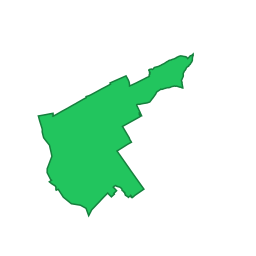 outline of Lipanesti, Prahova, Romania, rotated 326°
{"feature_id": "2599482B42287242425704", "entity_name": "Lipanesti", "entity_type": "district", "adm_level": 2, "iso_a3": "ROU", "parent_name": "Romania", "parent_adm1": "Prahova", "projection": "robinson", "projection_center": [26.047, 45.053], "detail": "fine", "context": "isolated", "style": "filled", "palette": "green", "viewbox_px": 256, "rotation_deg": 326, "n_neighbors": 0, "source": "geoboundaries", "source_scale": "gbopen_adm2", "svg_char_len": 5334}
<svg xmlns="http://www.w3.org/2000/svg" viewBox="0 0 256 256"><g transform="rotate(326 128 128)"><path d="M46.4,178.7L52.2,175.5L55.5,174.8L59.5,173.9L63.3,173.1L64.8,172.7L69.7,171.6L74.8,170.6L75.1,172.7L75.7,175.8L79.7,175.2L79.7,174.3L83.5,173.6L82.7,168.8L84.1,168.5L84.6,168.7L85.0,168.7L85.4,168.8L85.6,168.8L86.0,169.9L86.2,170.1L87.0,171.2L87.7,171.9L88.0,172.3L88.1,172.5L88.3,172.8L88.4,173.4L88.8,174.4L88.8,174.7L88.8,175.0L88.6,175.6L88.4,176.0L88.3,176.3L88.2,176.5L88.7,177.5L88.7,178.6L88.7,178.8L88.8,178.9L89.1,179.2L89.2,179.4L89.2,179.6L89.2,179.8L88.9,180.1L88.7,180.4L88.7,180.7L88.7,181.0L88.6,181.4L88.4,181.6L88.4,181.8L88.4,182.0L88.3,182.3L88.5,182.4L88.4,182.6L88.6,183.0L89.0,184.0L89.3,184.4L89.4,184.9L89.5,185.2L89.5,185.7L90.8,185.6L91.4,185.6L91.7,185.6L92.2,185.4L92.6,185.3L92.6,186.7L92.0,186.7L92.0,187.4L92.7,187.3L92.8,188.1L93.6,188.0L94.0,188.0L95.3,187.8L95.8,187.7L106.0,187.6L107.0,187.6L106.8,180.8L106.4,164.6L106.4,161.2L106.3,157.5L106.0,140.9L107.7,141.0L118.3,141.3L122.9,141.7L123.0,140.5L123.0,140.2L123.0,139.7L123.0,139.2L123.0,138.8L123.1,138.6L123.2,138.1L123.3,137.5L123.4,137.1L123.5,136.9L124.3,123.6L126.6,123.8L129.9,124.1L133.5,124.4L142.6,125.2L143.7,125.3L144.7,125.3L144.9,123.3L145.4,123.4L145.6,121.8L146.3,121.9L145.8,125.4L146.1,125.5L146.7,121.6L146.8,121.6L147.9,114.1L148.3,113.5L148.9,113.6L150.5,114.5L150.8,114.8L151.1,115.0L151.3,115.0L151.9,115.2L154.3,116.2L157.9,117.9L158.7,118.1L160.6,118.6L162.7,117.9L164.1,117.4L165.8,116.9L168.4,115.9L169.8,115.4L171.3,114.5L171.9,114.2L176.3,114.2L176.9,114.1L177.4,114.6L177.5,114.8L177.9,115.0L178.3,115.1L178.7,115.3L179.6,115.4L180.1,115.6L180.5,115.7L181.2,116.0L182.3,116.3L183.0,116.6L183.5,116.8L183.8,116.9L184.1,117.3L184.5,117.5L184.9,117.6L185.3,117.8L187.2,118.1L187.6,118.2L188.6,118.7L189.2,118.9L189.9,119.1L190.4,119.7L190.8,120.0L191.2,120.2L191.5,120.3L191.8,120.6L192.0,120.8L192.4,121.3L192.8,121.8L193.7,123.0L193.9,123.1L194.1,123.2L194.4,123.5L194.9,124.4L195.4,125.1L195.8,125.5L196.1,125.0L196.5,124.1L196.8,123.3L197.2,122.5L197.6,121.5L197.7,121.2L197.9,121.0L198.2,120.6L198.4,120.2L198.5,119.7L198.6,119.1L198.8,118.7L199.0,118.3L199.8,117.9L200.6,117.4L201.0,117.1L201.8,116.6L202.4,116.3L202.7,116.0L203.3,115.3L203.6,114.8L203.8,114.3L204.0,114.0L204.2,113.7L204.4,113.6L204.5,113.5L204.7,113.4L205.5,113.0L205.9,112.7L206.4,112.4L206.6,112.3L207.1,112.2L207.6,112.1L209.0,111.5L209.2,111.3L209.8,110.9L210.2,110.7L210.9,110.6L211.5,110.4L211.9,110.4L212.5,110.7L212.8,110.7L213.4,110.2L213.6,110.2L213.9,110.1L214.4,110.0L214.8,110.0L215.0,110.0L215.2,109.9L215.5,109.8L216.5,109.3L217.4,109.0L217.7,108.9L217.8,108.7L218.0,108.6L218.5,108.4L218.9,108.2L219.0,108.1L219.4,107.6L220.2,106.5L220.4,106.2L220.7,105.8L221.1,105.4L221.3,105.3L221.5,105.2L222.1,104.5L222.7,104.2L222.8,104.1L223.1,103.5L223.1,103.4L223.3,103.1L222.7,103.2L222.1,103.3L221.1,103.4L220.9,103.4L220.7,103.3L220.1,102.9L219.8,103.1L219.5,103.2L216.9,103.7L216.3,103.8L216.3,103.1L216.2,102.4L216.2,101.9L215.9,101.8L215.8,101.7L215.7,101.5L215.7,101.3L215.6,101.1L215.1,100.5L214.9,100.4L214.7,100.3L214.0,99.6L213.5,99.0L213.4,98.9L213.0,98.6L212.3,97.9L212.1,97.7L211.9,97.6L211.2,97.4L210.9,97.3L210.8,97.2L210.3,97.1L209.8,97.0L209.1,96.9L208.8,96.9L208.6,96.9L208.3,96.7L208.0,96.8L207.8,96.8L207.1,96.7L206.5,96.7L206.2,96.7L205.8,96.6L205.2,96.5L204.5,96.4L203.4,96.0L203.1,95.9L202.1,95.7L201.7,95.7L200.1,95.0L199.2,94.9L198.8,94.9L198.3,95.0L198.0,95.0L197.8,94.9L197.5,94.8L197.3,94.8L196.7,94.8L196.4,94.8L195.9,94.8L195.5,94.8L194.7,94.8L193.9,94.8L191.4,94.4L191.0,94.4L190.2,94.4L188.9,94.1L188.3,94.1L188.0,94.0L187.7,94.0L184.4,92.8L183.7,92.6L183.3,92.6L182.8,92.9L182.2,93.1L181.8,93.1L180.9,93.1L180.4,92.2L180.1,92.1L179.6,91.9L178.9,91.6L178.6,91.5L177.8,91.5L177.6,91.6L177.5,91.8L177.6,92.2L177.6,92.3L177.5,92.5L177.6,92.8L177.4,93.1L177.4,93.3L177.2,93.4L177.1,93.5L177.3,93.8L177.3,94.0L177.2,94.0L177.0,94.3L177.0,94.6L176.9,94.8L176.7,94.8L176.6,94.7L176.4,95.0L176.2,95.1L176.2,95.3L176.2,95.6L175.9,95.7L175.5,95.7L175.4,95.7L175.2,95.9L175.1,96.0L174.9,96.3L174.9,96.5L174.8,96.9L174.6,97.0L173.8,97.0L173.3,97.0L172.5,96.8L171.9,96.7L171.4,96.6L169.2,96.4L165.5,95.9L163.7,95.7L161.4,95.4L160.4,95.3L154.8,94.4L153.2,94.1L152.8,94.0L153.2,93.4L153.9,92.1L154.2,91.5L154.5,90.7L154.8,89.8L155.0,88.7L155.1,88.1L155.2,86.9L155.3,86.0L155.4,85.2L155.3,84.6L155.5,83.7L147.2,82.2L138.3,80.6L138.0,81.9L134.5,81.6L130.8,81.2L128.3,80.9L118.6,80.0L116.8,79.8L115.6,79.7L114.8,79.5L114.5,79.6L110.8,78.5L110.4,79.5L106.4,79.1L101.9,78.8L100.0,78.6L98.8,78.6L95.8,78.3L86.7,77.6L82.8,77.2L77.1,76.8L74.8,76.6L72.0,76.3L71.7,76.3L71.9,76.2L72.2,76.1L72.6,75.9L73.0,75.7L73.3,75.5L73.4,75.4L73.4,74.7L73.2,74.3L73.3,74.2L73.6,74.2L73.8,74.3L73.9,74.2L74.1,73.9L73.3,73.5L67.2,70.9L60.4,67.9L60.3,68.3L59.5,70.6L59.1,71.7L57.9,75.6L56.3,80.9L55.7,81.9L54.7,83.2L53.5,86.4L52.7,88.7L52.6,89.1L52.7,89.6L52.7,90.8L52.9,93.5L53.3,98.3L50.9,104.5L49.1,108.9L40.5,115.0L38.3,116.5L36.0,119.8L35.1,127.3L35.4,128.5L32.7,128.6L33.5,131.3L34.6,133.8L35.2,135.3L35.3,135.6L35.3,136.1L35.2,136.4L35.1,136.8L34.7,137.4L33.9,138.6L33.7,138.9L33.7,139.2L33.7,139.4L35.9,139.8L35.7,149.2L38.7,159.1L45.4,165.4L48.3,171.1L46.4,178.7Z" fill="#22c55e" stroke="#15803d" stroke-width="1.5"/></g></svg>